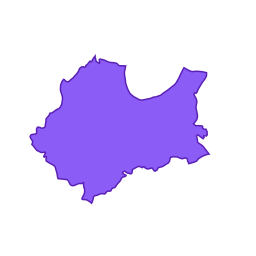 Phu Tho, Phú Thọ, Vietnam (Albers equal-area conic projection), rotated 206°
{"feature_id": "81297802B95846226867008", "entity_name": "Phu Tho", "entity_type": "district", "adm_level": 2, "iso_a3": "VNM", "parent_name": "Vietnam", "parent_adm1": "Phú Thọ", "projection": "albers", "projection_center": [105.237, 21.414], "detail": "fine", "context": "isolated", "style": "filled", "palette": "violet", "viewbox_px": 256, "rotation_deg": 206, "n_neighbors": 0, "source": "geoboundaries", "source_scale": "gbopen_adm2", "svg_char_len": 4169}
<svg xmlns="http://www.w3.org/2000/svg" viewBox="0 0 256 256"><g transform="rotate(206 128 128)"><path d="M207.7,140.6L207.5,138.9L207.4,137.3L206.4,134.7L205.5,132.6L203.3,130.1L201.8,128.6L200.5,127.2L199.5,125.2L198.7,122.6L198.0,120.3L198.0,118.0L198.1,116.5L198.8,115.0L200.3,113.2L202.2,109.5L203.3,107.9L204.4,107.3L204.7,107.0L204.5,106.4L204.7,103.9L205.0,102.7L205.5,101.3L205.5,99.9L204.4,97.4L203.8,94.8L203.1,93.5L203.2,92.4L203.9,91.2L204.7,90.4L206.1,89.9L206.9,89.9L207.9,89.8L209.4,89.3L209.8,88.5L209.7,86.9L208.0,83.5L207.9,83.3L208.2,82.3L209.4,81.5L211.8,79.8L212.2,78.9L212.3,77.7L211.8,76.8L209.9,75.5L208.1,74.4L207.5,73.5L207.4,72.8L207.2,71.1L204.8,70.2L203.8,69.6L201.4,68.5L200.2,67.9L198.8,67.9L196.3,67.9L195.3,67.9L193.5,68.9L192.8,69.5L192.1,69.9L191.4,69.8L191.3,68.9L191.3,66.4L191.2,65.4L190.4,65.1L189.8,65.9L189.1,66.5L188.6,66.2L188.1,64.4L187.8,63.4L187.1,62.5L183.8,62.1L179.0,61.9L177.4,61.6L176.1,60.8L173.8,58.1L172.8,57.2L171.1,54.9L169.7,52.9L168.6,51.8L164.2,53.5L161.2,54.5L160.4,54.8L159.6,54.8L158.7,54.5L157.3,53.5L155.9,52.3L154.7,51.7L153.4,51.6L151.9,52.1L149.6,54.4L149.0,55.3L148.0,56.4L145.6,57.6L144.0,59.2L143.5,58.0L141.4,55.1L140.2,54.0L139.4,52.4L138.5,50.1L138.5,49.4L138.5,46.8L138.5,45.2L138.5,44.5L138.1,43.9L137.5,43.8L135.5,44.7L133.5,45.3L130.0,45.0L127.8,44.4L127.7,45.6L128.0,47.9L128.8,51.1L128.5,51.9L128.1,52.7L126.2,54.0L124.9,55.6L124.0,56.8L122.3,57.7L120.3,58.4L119.7,58.9L119.4,60.3L119.2,61.4L118.7,62.4L116.8,63.1L116.0,63.9L115.8,64.5L115.9,65.7L115.9,66.5L115.6,67.1L114.1,68.3L113.6,68.9L113.3,71.7L112.5,74.8L112.0,76.0L111.8,78.1L111.8,79.4L111.7,80.6L111.4,81.4L110.4,82.2L109.1,83.6L108.9,84.1L109.0,84.6L109.9,84.7L111.4,84.6L112.7,85.0L113.3,85.2L113.3,85.9L113.0,86.7L112.4,87.5L112.0,87.7L111.0,87.5L109.8,87.3L108.6,87.3L107.5,87.7L106.0,87.8L105.2,88.1L104.8,88.8L104.8,89.6L105.0,90.4L105.6,92.0L105.7,92.7L104.0,95.2L102.5,97.3L101.4,98.2L100.2,98.6L98.6,98.5L97.9,98.6L97.4,99.1L97.1,100.0L96.4,100.3L94.9,99.6L93.3,99.6L92.4,99.8L91.8,100.1L90.0,101.7L89.3,102.4L88.6,102.5L86.1,101.2L85.3,100.9L84.5,101.3L83.5,102.9L83.5,104.3L83.4,105.5L82.2,106.8L80.7,107.8L79.3,109.6L78.2,111.6L77.4,112.8L76.5,114.1L76.2,115.3L76.1,116.4L76.6,118.1L76.9,119.9L76.9,120.2L75.5,121.5L73.7,122.5L71.0,123.5L67.3,123.8L65.6,124.2L63.7,126.0L62.4,126.4L61.6,126.3L61.1,125.9L59.8,124.4L57.7,122.6L53.8,126.1L52.5,127.5L51.9,128.2L51.4,130.3L51.1,131.5L48.6,135.4L46.0,138.3L43.7,140.1L52.7,144.5L54.9,145.0L59.1,145.6L60.5,147.9L62.6,150.5L62.9,151.0L62.9,151.5L62.2,152.5L57.3,151.5L55.8,151.3L55.5,152.8L56.3,153.5L56.4,154.2L54.0,155.3L53.8,156.6L55.5,159.6L57.5,161.1L58.5,160.5L59.5,160.2L60.9,160.7L61.4,161.9L62.2,162.3L62.9,162.1L65.7,161.0L68.2,159.7L70.9,160.4L70.2,163.8L69.9,165.6L70.1,166.5L70.2,167.7L71.1,169.8L73.5,173.1L75.2,175.1L75.9,176.2L76.9,179.2L77.2,180.7L78.2,182.8L80.3,184.8L83.1,186.7L83.6,188.0L83.6,188.7L82.0,189.1L81.7,190.4L81.9,193.8L81.2,201.8L80.3,206.0L80.3,209.1L80.9,210.7L81.7,212.2L86.3,211.0L90.3,209.5L91.5,208.9L95.3,206.7L97.8,206.4L104.1,206.7L104.2,205.2L104.3,199.7L104.2,194.6L104.5,190.1L104.9,187.9L106.6,184.2L109.1,179.1L111.8,174.4L113.1,171.6L115.0,169.8L116.9,167.9L118.6,167.0L120.5,164.7L125.4,160.9L127.7,159.2L129.0,158.6L130.6,158.4L132.2,158.5L133.2,158.5L136.7,158.7L138.4,159.1L140.9,159.7L141.2,159.8L143.5,161.4L146.0,163.4L149.7,167.2L152.3,171.3L154.4,174.2L155.7,176.6L157.3,182.8L160.7,181.3L162.7,180.3L164.4,180.3L165.4,180.9L166.6,181.1L169.0,180.6L171.0,179.8L174.2,178.7L177.3,178.7L179.9,178.5L181.3,178.2L183.1,177.8L183.8,177.1L183.7,176.6L182.8,175.3L182.0,174.3L182.0,173.8L183.0,173.6L184.3,173.7L185.6,173.9L186.4,174.6L188.7,177.4L189.1,178.2L189.7,175.4L189.8,172.6L189.7,171.8L190.1,171.3L190.5,171.5L191.3,171.5L191.7,170.8L192.0,169.1L192.4,167.3L192.9,166.4L193.2,165.8L193.1,164.7L193.0,164.3L193.3,163.8L194.1,163.6L195.3,163.3L196.0,162.9L196.7,162.2L197.2,161.3L197.6,160.2L197.4,157.6L197.5,156.4L197.9,154.0L198.7,151.5L199.1,149.6L201.7,143.7L202.4,143.1L203.3,142.8L205.0,142.9L206.4,143.6L207.2,143.5L207.5,142.3L207.7,140.6Z" fill="#8b5cf6" stroke="#5b21b6" stroke-width="1.5"/></g></svg>